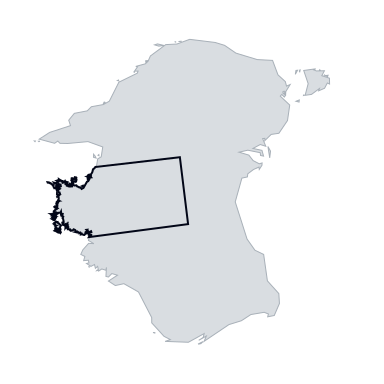 Australia, with Northern Territory highlighted, rotated 263°
{"feature_id": "AUS-2650", "entity_name": "Northern Territory", "entity_type": "Territory", "adm_level": 1, "iso_a3": "AUS", "parent_name": "Australia", "parent_adm1": "", "projection": "natural_earth1", "projection_center": [133.869, -18.484], "detail": "fine", "context": "in_parent", "style": "outline", "palette": "ink", "viewbox_px": 384, "rotation_deg": 263, "n_neighbors": 0, "source": "natural_earth", "source_scale": "10m", "svg_char_len": 9232}
<svg xmlns="http://www.w3.org/2000/svg" viewBox="0 0 384 384"><g transform="rotate(263 192 192)"><path d="M268.5,58.0L272.7,79.5L278.3,78.4L284.4,84.8L285.3,97.9L288.9,102.5L289.6,114.7L292.2,121.0L309.9,132.8L316.6,152.2L318.6,153.2L319.0,149.7L322.9,153.2L323.5,151.5L324.9,161.3L327.1,164.3L332.1,167.3L341.5,183.9L340.7,195.0L343.8,208.3L337.6,233.2L333.6,242.2L324.5,252.5L315.5,272.8L312.8,288.0L297.8,291.6L290.2,298.1L285.6,298.7L286.7,302.5L279.8,297.0L280.9,295.7L280.4,294.4L279.1,294.3L276.6,296.7L275.0,295.2L277.9,293.0L276.4,291.3L266.4,299.6L251.3,295.5L239.7,285.4L239.5,277.6L234.1,270.5L236.4,270.8L236.4,268.6L228.4,270.8L230.8,265.5L227.8,257.8L224.8,266.5L218.9,267.4L219.9,264.5L222.7,264.5L226.7,252.5L225.8,243.5L221.7,252.9L215.7,256.5L211.8,262.2L212.3,265.1L210.0,264.7L206.2,261.5L208.6,261.5L206.9,255.9L203.3,249.6L200.2,248.8L199.7,243.2L176.9,233.7L138.6,240.9L126.5,247.4L121.3,255.5L94.6,256.0L80.6,265.8L70.7,265.2L59.4,258.6L58.9,251.9L61.6,253.0L63.8,249.0L63.2,235.5L58.2,225.3L55.9,212.5L42.3,185.8L47.3,188.7L44.0,180.6L46.3,185.4L50.0,186.8L43.3,170.1L47.0,147.1L48.1,152.5L52.2,146.6L67.0,136.1L72.3,136.7L99.3,126.7L109.3,113.2L108.5,104.5L113.8,98.2L118.5,107.9L120.8,102.5L117.8,98.7L118.7,96.3L127.6,97.9L124.8,97.0L126.6,93.1L124.9,89.7L129.7,89.3L128.0,86.8L131.9,86.4L130.5,82.7L133.9,78.6L134.2,81.1L136.9,80.8L137.1,76.1L141.1,77.8L143.6,74.0L147.9,76.6L153.6,83.1L152.7,88.3L156.5,83.3L164.6,86.6L166.3,83.8L162.6,79.9L172.1,62.3L174.0,63.4L177.2,59.0L178.4,60.9L188.1,59.5L187.8,55.3L181.3,52.2L182.4,51.1L205.9,60.1L212.8,56.8L211.1,60.3L214.0,62.2L217.5,58.0L220.7,61.5L216.9,69.4L212.8,70.1L213.0,75.8L209.2,84.6L230.4,100.7L236.3,102.4L238.0,106.2L247.6,108.9L254.7,94.9L255.3,74.5L256.4,66.9L258.9,65.0L257.1,61.6L263.1,46.8L268.5,58.0ZM274.2,316.1L285.4,320.5L299.0,317.7L299.2,329.8L298.4,327.7L297.0,330.2L296.2,338.2L291.6,335.0L288.2,342.3L282.4,341.7L283.7,339.6L278.8,336.2L277.0,330.0L279.2,331.1L274.3,322.5L274.2,316.1ZM170.2,51.2L177.0,51.1L179.1,53.4L174.6,57.7L170.2,51.2ZM216.4,273.3L227.9,272.9L223.0,274.9L216.4,273.3ZM218.8,74.6L220.2,79.0L215.9,78.2L216.6,75.1L218.8,74.6ZM340.9,182.0L340.8,176.9L342.6,172.8L343.2,175.8L340.9,182.0ZM296.2,308.9L300.0,310.0L300.0,311.6L296.2,308.9ZM169.6,52.5L172.0,56.8L167.6,56.5L169.6,52.5ZM270.3,309.7L268.2,309.2L269.4,306.3L270.3,309.7ZM241.5,98.9L239.5,100.2L237.4,100.9L238.4,98.5L241.5,98.9ZM42.2,184.7L40.4,182.3L40.2,180.0L40.5,179.9L42.2,184.7ZM299.1,313.3L300.5,314.4L297.7,313.5L299.1,313.3ZM326.3,162.0L327.9,162.0L327.8,164.2L326.3,162.0ZM290.1,114.5L292.0,115.8L291.6,116.6L290.1,114.5ZM291.3,339.3L291.3,341.3L289.9,340.6L291.3,339.3ZM343.0,196.9L343.0,199.6L342.8,199.6L343.0,196.9ZM187.5,51.0L186.4,49.8L187.1,49.2L187.5,51.0ZM219.1,51.2L217.5,53.4L219.4,49.6L219.1,51.2ZM343.3,193.6L342.5,194.5L343.1,193.5L343.3,193.6ZM221.5,91.3L220.5,91.7L221.0,90.6L221.5,91.3ZM215.5,74.5L214.3,74.7L215.0,73.3L215.5,74.5ZM57.3,136.2L57.0,138.0L56.5,137.9L57.3,136.2ZM261.1,45.8L261.0,47.3L260.6,46.2L261.1,45.8ZM279.1,295.1L279.4,296.0L279.0,295.7L279.1,295.1ZM217.0,54.0L214.8,55.5L217.1,53.6L217.0,54.0ZM130.6,80.6L129.8,81.6L130.3,80.4L130.6,80.6ZM292.1,337.9L291.4,338.3L291.8,337.5L292.1,337.9ZM240.5,104.1L239.3,104.1L239.9,103.2L240.5,104.1ZM126.2,88.5L125.6,89.1L125.5,87.7L126.2,88.5ZM297.8,333.7L296.8,334.3L297.1,333.2L297.8,333.7ZM261.9,41.7L261.7,42.8L261.1,42.3L261.9,41.7ZM278.5,296.3L279.5,297.2L277.8,296.9L278.5,296.3ZM312.1,132.7L311.3,132.8L311.7,131.6L312.1,132.7ZM318.3,149.5L317.9,149.5L318.3,148.6L318.3,149.5ZM274.7,314.6L274.4,315.4L274.2,314.4L274.7,314.6Z" fill="#d9dde1" stroke="#a8b0b8" stroke-width="1"/><path d="M159.8,84.1L161.2,85.1L161.3,86.4L161.0,87.3L161.5,86.8L161.4,87.4L161.8,86.3L161.5,83.8L161.8,84.3L162.2,84.1L163.4,84.7L164.2,85.8L164.3,86.8L164.8,86.5L165.0,87.1L165.4,87.0L164.5,84.8L164.7,83.8L165.8,84.1L166.9,83.4L167.3,83.6L167.3,82.7L165.9,83.7L165.6,83.7L165.9,83.2L165.3,83.4L164.9,83.1L164.3,81.8L165.2,81.7L165.8,81.1L164.9,81.5L163.8,81.2L162.5,80.0L162.6,79.3L163.5,77.6L163.4,76.8L164.2,77.2L164.4,76.3L164.6,76.7L165.4,76.3L165.2,75.1L166.0,74.2L165.7,74.2L165.7,73.4L166.5,71.3L166.7,72.0L167.1,72.1L168.4,71.5L169.3,70.3L169.9,70.5L168.3,68.8L168.3,66.8L168.7,66.5L169.1,66.9L169.8,66.5L170.1,64.4L170.4,64.5L170.8,64.0L171.3,64.3L171.2,63.8L171.8,64.8L172.7,64.7L171.6,64.0L172.1,63.8L171.8,63.6L172.1,62.3L171.8,62.0L173.3,62.3L173.4,63.7L173.6,63.2L174.2,64.1L174.3,63.8L174.8,64.0L174.0,63.0L174.8,63.2L174.1,62.5L173.7,62.4L173.7,62.0L174.3,61.4L175.4,61.8L175.0,60.1L175.2,59.7L175.8,59.7L177.0,60.5L177.3,58.8L177.7,60.4L178.4,61.0L181.0,60.8L181.9,60.3L183.1,61.2L184.6,59.8L184.8,60.5L185.6,60.3L185.9,61.1L185.7,61.8L186.1,61.1L186.1,59.8L187.0,59.2L187.9,59.6L188.5,59.6L187.5,59.0L187.7,57.1L187.2,56.5L188.0,55.3L187.1,54.9L186.5,53.7L185.5,53.3L183.5,54.1L183.0,53.8L183.0,53.2L182.3,53.0L182.5,52.6L180.9,52.2L181.0,51.8L181.4,51.9L181.3,51.3L181.6,51.4L181.8,51.0L182.2,51.7L182.5,51.5L182.5,50.6L183.3,51.5L183.5,51.3L183.5,52.4L183.7,52.2L184.0,53.1L184.1,52.6L184.5,52.6L184.1,52.2L183.9,50.6L184.9,51.9L184.8,50.9L185.3,50.5L185.6,52.0L186.1,51.4L186.3,51.5L187.8,54.0L188.3,54.0L189.1,53.0L189.5,53.2L189.3,52.5L189.7,52.4L190.9,54.0L191.6,55.8L192.4,56.0L193.0,55.6L192.8,56.3L193.5,55.9L193.5,56.3L194.0,56.5L194.4,56.2L194.4,57.2L194.6,56.7L195.4,56.8L196.5,55.9L197.4,55.9L197.6,56.2L196.9,56.7L196.8,57.1L197.6,57.6L198.5,57.0L198.7,57.8L199.1,57.3L199.5,57.9L199.5,59.1L200.2,58.1L201.3,58.9L202.6,59.0L203.9,57.9L204.6,59.5L205.5,59.7L206.3,60.7L206.8,60.6L207.4,61.1L207.0,60.5L208.4,60.5L207.4,60.1L208.2,59.4L208.9,59.2L209.2,59.4L209.8,59.0L210.2,59.3L211.2,58.6L210.2,58.9L210.1,58.6L210.3,58.0L211.4,57.9L212.4,57.0L212.5,56.2L212.9,56.4L212.7,57.1L211.2,58.4L212.8,58.1L210.7,59.9L211.3,61.2L212.5,59.8L212.7,60.0L213.8,59.0L212.9,60.3L213.2,60.8L213.9,60.5L213.3,61.7L213.6,62.5L215.3,62.4L216.2,60.6L214.8,59.9L217.7,57.4L217.0,58.3L217.5,58.3L218.5,60.8L219.1,60.8L219.2,60.4L218.6,60.2L219.2,59.9L220.1,60.4L220.5,61.5L220.9,61.5L219.3,63.3L219.6,62.5L219.1,62.7L219.2,63.6L218.8,63.9L218.7,64.8L218.1,64.8L218.1,65.9L217.7,65.1L217.5,65.6L217.0,65.3L217.1,66.0L218.4,67.3L217.8,67.5L217.6,67.0L217.2,67.1L217.7,67.9L217.0,69.5L216.8,69.3L215.8,70.1L216.3,69.4L216.2,68.0L215.9,67.8L215.7,68.8L215.3,68.5L215.3,69.1L214.6,69.7L214.5,68.5L213.8,69.4L213.8,70.2L213.4,69.3L213.0,70.0L212.9,69.7L212.7,69.9L212.5,70.7L213.1,71.2L212.3,71.5L212.2,72.8L212.8,73.4L212.5,73.8L213.1,74.0L213.6,73.2L214.0,73.3L213.3,75.5L212.8,76.0L212.7,78.1L211.5,78.7L210.8,80.2L210.4,80.4L209.7,82.2L208.5,82.8L209.3,84.8L215.0,89.0L215.4,90.3L217.4,91.8L217.9,91.7L218.8,93.0L218.8,93.7L219.3,93.4L220.4,93.7L220.9,93.1L223.7,95.4L226.6,96.5L227.6,98.2L228.6,99.1L228.0,184.2L160.6,184.2L159.8,84.1ZM179.1,53.1L179.1,53.7L178.6,53.9L178.6,54.8L178.0,54.6L177.2,55.9L174.7,57.8L171.1,55.3L170.1,51.3L170.4,50.8L171.3,52.1L171.8,52.0L171.6,53.0L172.4,52.4L172.6,53.3L172.9,52.9L174.4,52.2L175.0,52.6L175.2,53.1L175.4,52.3L176.2,51.7L176.7,53.0L176.6,51.7L177.1,51.1L177.3,51.9L178.3,51.7L178.6,52.9L179.1,53.1ZM220.9,77.7L220.6,78.8L220.3,79.0L219.0,78.6L218.2,78.9L216.6,78.1L215.8,78.4L216.7,77.4L216.5,74.7L217.3,74.9L217.4,74.4L217.9,74.7L218.2,74.3L217.7,73.5L218.1,73.8L218.9,73.2L218.5,74.0L218.9,74.2L219.0,74.9L219.6,75.0L219.8,74.1L220.3,74.2L220.4,74.6L219.9,75.6L219.2,75.8L219.2,76.3L219.6,76.6L218.8,77.0L218.8,77.5L219.0,78.0L219.4,77.7L220.1,78.2L220.4,77.7L220.9,77.7ZM170.7,55.7L172.1,56.2L172.1,56.7L171.1,57.0L169.8,56.3L168.0,56.9L167.4,56.4L167.8,56.2L167.8,55.5L168.7,55.5L168.8,54.0L168.4,53.8L169.4,52.5L169.9,52.3L170.4,53.3L170.3,54.1L170.8,54.8L170.7,55.7ZM186.4,50.9L186.6,50.2L186.3,49.7L186.9,49.7L187.3,49.2L187.1,50.8L187.5,51.0L187.3,52.5L186.4,50.9ZM221.6,91.2L221.8,92.3L221.5,92.9L220.8,91.7L220.5,91.8L220.9,90.6L221.6,91.2ZM219.3,49.8L218.9,51.3L217.5,53.4L217.1,53.5L218.7,51.0L218.9,49.9L219.3,49.8ZM215.6,73.7L215.2,75.0L214.9,75.0L214.7,74.2L214.6,74.9L214.3,74.7L214.2,73.9L214.6,74.0L214.9,73.4L215.6,73.7ZM215.9,54.8L217.1,53.6L216.3,54.8L214.8,55.6L215.5,54.6L215.9,54.8ZM218.0,90.1L217.8,91.0L217.1,90.9L217.3,90.1L218.0,90.1ZM187.4,55.2L187.6,55.6L187.2,55.9L186.6,55.3L187.4,55.2ZM215.3,58.6L215.8,58.3L215.5,58.8L214.4,58.9L214.4,58.6L215.3,58.6ZM218.4,91.3L218.8,91.6L218.4,92.3L218.0,91.7L218.4,91.3ZM219.4,91.1L219.7,91.4L219.3,91.3L219.4,91.8L218.9,92.0L218.9,91.1L219.4,91.1ZM214.5,72.4L214.1,70.6L214.9,71.5L214.6,71.6L214.5,72.4ZM163.6,83.5L164.3,84.3L164.3,85.0L163.6,83.5ZM193.1,55.0L194.1,54.8L193.1,55.4L193.1,55.0ZM213.1,55.8L213.3,55.4L213.8,55.3L213.4,55.8L213.1,55.8ZM220.2,90.6L219.8,91.0L219.8,90.3L220.1,89.8L220.2,90.6ZM194.0,53.5L194.3,54.0L193.4,54.3L193.4,53.8L194.0,53.5ZM211.3,83.8L211.5,84.4L210.9,84.4L211.3,83.8ZM204.6,58.7L205.1,59.0L205.0,59.5L204.6,58.7ZM185.3,59.3L185.8,59.2L185.8,59.6L185.3,59.3ZM218.1,56.1L217.9,56.6L217.4,56.5L217.5,56.4L218.1,56.1ZM164.5,83.7L164.4,84.1L164.2,83.5L164.5,83.7ZM205.4,58.6L205.3,58.9L205.0,58.6L205.4,58.6ZM206.7,57.8L206.2,58.0L206.1,57.9L206.1,57.7L206.7,57.8ZM217.1,57.4L217.1,56.7L217.1,57.4ZM219.7,59.1L219.8,59.6L219.7,59.6L219.5,59.4L219.7,59.1Z" fill="none" stroke="#020617" stroke-width="2"/></g></svg>